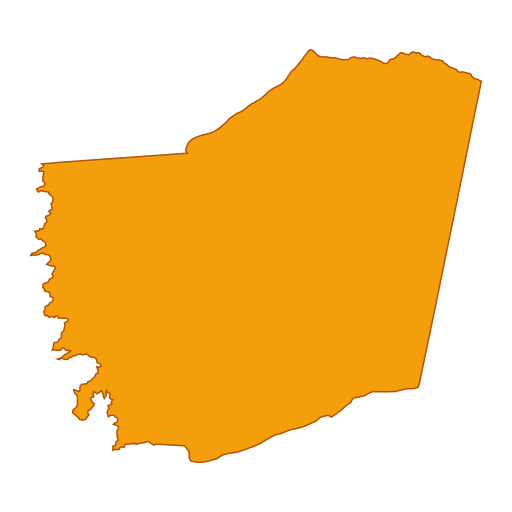 Luís Eduardo Magalhães, Bahia, Brazil (Albers equal-area conic projection)
{"feature_id": "56859067B80722102150800", "entity_name": "Luís Eduardo Magalhães", "entity_type": "district", "adm_level": 2, "iso_a3": "BRA", "parent_name": "Brazil", "parent_adm1": "Bahia", "projection": "albers", "projection_center": [-46.156, -12.199], "detail": "fine", "context": "isolated", "style": "filled", "palette": "amber", "viewbox_px": 512, "rotation_deg": 0, "n_neighbors": 0, "source": "geoboundaries", "source_scale": "gbopen_adm2", "svg_char_len": 5796}
<svg xmlns="http://www.w3.org/2000/svg" viewBox="0 0 512 512"><path d="M51.5,195.6L52.9,197.6L52.9,199.5L52.8,201.9L51.1,203.4L51.9,206.9L52.2,209.5L50.3,210.0L48.8,211.4L50.4,212.7L50.1,214.6L48.2,215.6L45.8,216.3L45.3,218.1L46.7,219.1L46.6,222.0L44.5,224.2L44.0,226.8L42.4,229.1L39.8,228.7L39.5,230.6L37.6,230.8L34.7,231.2L35.8,233.0L36.6,234.7L35.8,236.6L37.3,237.7L38.3,239.2L40.8,239.0L42.8,240.7L45.1,242.1L46.1,245.4L44.0,247.5L42.2,247.9L40.1,249.2L38.0,250.5L36.2,252.2L34.4,252.9L31.9,253.3L30.7,255.4L32.9,255.0L35.2,255.2L37.3,254.9L39.2,254.1L40.7,253.3L42.7,253.2L45.0,254.4L47.1,254.7L48.8,254.8L49.9,256.3L50.8,258.4L50.8,260.3L49.0,262.1L46.6,264.3L51.1,266.0L54.1,266.1L55.5,267.7L54.1,270.5L52.9,272.5L51.9,273.8L53.1,275.8L52.5,277.8L49.4,279.2L47.9,282.2L45.3,283.2L43.3,283.8L42.9,285.7L42.9,287.7L44.5,288.7L44.4,290.7L46.3,291.6L48.2,291.7L49.9,293.5L50.1,296.6L53.0,297.5L53.0,300.2L51.9,302.1L50.1,302.6L48.3,305.1L45.1,306.6L44.9,309.8L43.9,311.4L44.0,313.4L45.3,315.8L47.4,315.6L49.3,317.5L51.2,316.5L53.0,316.8L54.5,317.7L55.4,316.1L58.0,316.1L58.5,318.3L60.4,317.9L62.1,318.4L65.9,318.1L68.2,319.2L68.1,321.0L66.3,321.7L64.4,323.1L65.0,325.6L64.4,327.5L64.1,329.9L62.8,331.5L61.2,333.6L61.6,335.7L61.1,338.1L59.3,339.1L58.3,341.4L56.3,342.5L54.3,342.4L53.7,344.4L53.4,346.2L53.1,348.3L52.2,350.2L54.3,349.8L56.3,350.3L58.4,350.3L60.5,350.2L61.9,348.3L63.7,348.0L65.2,349.6L67.0,350.5L69.0,350.4L70.8,350.9L67.2,353.4L65.0,354.5L62.8,356.5L60.8,358.0L63.7,359.0L65.7,359.4L67.8,359.4L69.0,357.3L71.0,357.5L73.1,355.7L75.0,355.8L77.3,354.6L79.5,354.0L82.6,354.8L85.2,354.3L87.3,354.1L88.7,355.8L90.9,357.1L93.2,357.3L95.3,357.8L96.6,359.9L97.0,362.5L98.7,363.1L100.5,364.3L101.2,366.2L99.2,367.1L96.7,366.9L98.1,370.2L97.9,373.0L95.7,374.1L95.2,376.0L93.9,377.6L90.1,381.1L88.0,381.6L87.1,383.6L84.3,384.0L81.7,384.4L80.3,385.9L79.9,387.7L80.0,389.9L78.9,391.6L76.4,390.5L73.8,389.6L74.4,392.6L75.9,394.5L77.3,396.1L77.5,398.0L77.3,401.2L77.5,403.8L77.0,406.1L75.4,408.1L73.9,409.1L72.9,410.5L72.7,412.8L76.3,415.7L78.1,417.6L79.5,419.4L82.3,420.1L85.6,419.4L87.2,416.9L89.0,414.9L87.7,412.9L88.1,410.7L90.8,409.4L91.9,407.7L93.4,406.0L94.4,403.6L92.1,402.1L91.6,400.4L90.3,398.7L91.8,397.3L93.7,397.1L93.3,394.6L93.4,391.5L95.2,392.4L97.1,393.8L99.2,392.4L101.5,390.9L103.3,394.5L103.4,396.4L104.3,398.6L106.2,395.9L106.0,392.7L106.4,390.7L107.8,392.8L109.6,393.4L109.9,395.5L109.5,397.5L110.5,398.9L112.8,399.6L111.2,401.9L111.9,404.0L109.9,404.8L108.0,405.8L109.1,408.4L107.7,410.2L107.1,412.6L107.8,414.9L108.3,416.9L110.1,415.5L112.2,415.3L114.3,415.5L115.4,417.0L117.4,417.9L117.8,420.3L116.9,422.6L115.0,422.6L113.2,424.4L115.6,425.0L118.5,426.4L118.2,428.9L116.9,430.8L117.1,432.7L117.2,437.4L118.1,440.1L115.8,442.2L115.6,445.1L112.8,446.3L112.9,448.1L112.8,450.3L115.0,449.3L117.1,449.6L119.1,449.5L119.8,447.8L121.7,446.9L124.1,447.2L125.3,444.4L127.1,444.2L128.9,444.3L131.1,443.4L132.8,444.1L134.6,443.2L136.0,444.4L138.0,443.8L140.9,442.9L144.3,442.7L147.1,441.6L149.1,441.8L150.9,443.4L154.0,445.1L156.1,444.1L184.6,445.8L188.8,451.2L189.2,453.4L189.2,456.9L189.6,459.0L191.0,461.1L194.3,461.8L198.1,462.2L202.6,462.2L208.4,461.1L216.2,459.0L220.8,456.1L222.3,455.1L225.3,454.2L228.2,453.5L237.8,452.0L245.3,449.4L252.2,446.9L256.8,445.0L261.4,442.9L267.2,439.3L271.8,436.6L275.5,434.9L281.0,433.5L286.9,431.1L292.0,429.3L298.4,428.2L303.7,426.5L309.7,424.0L315.8,421.1L320.7,417.1L327.2,415.4L329.6,416.0L331.4,417.2L333.2,415.8L337.2,413.1L342.3,409.2L344.6,406.9L347.3,404.8L350.9,402.4L351.8,400.2L353.2,398.6L355.6,397.3L358.1,397.3L360.8,396.6L364.4,395.7L370.1,392.6L372.6,391.7L383.2,391.7L386.4,391.8L395.2,391.5L405.6,389.0L409.1,388.7L413.0,388.7L417.9,387.5L418.9,385.2L419.4,383.0L426.9,347.4L427.7,343.5L429.7,334.2L460.9,181.8L474.7,113.6L479.3,91.6L481.3,81.1L479.5,80.7L477.8,79.2L475.2,79.1L473.2,77.5L471.6,76.4L471.1,74.6L469.7,73.5L467.6,73.2L465.2,72.5L462.3,71.8L460.1,72.4L458.0,71.5L456.0,69.4L453.6,68.4L449.1,66.8L447.3,64.7L444.4,63.2L442.6,60.9L439.8,60.1L436.9,59.9L434.7,59.5L431.9,58.8L429.7,56.8L427.4,56.0L425.6,56.9L423.7,56.3L421.6,55.0L420.4,53.6L418.5,52.8L415.7,52.9L413.2,51.8L411.1,52.6L409.6,54.6L406.6,54.4L404.8,54.0L402.6,52.8L400.4,52.8L398.9,54.5L397.2,55.4L395.9,57.4L393.5,58.8L390.8,59.1L389.0,60.4L388.5,62.2L386.5,63.6L383.1,63.1L381.3,61.7L379.4,60.7L377.0,59.8L374.6,59.0L371.6,58.2L369.2,58.2L367.0,58.8L364.2,57.8L361.2,58.3L356.8,58.0L354.8,56.9L351.9,57.3L349.8,58.5L348.1,59.7L345.6,59.5L343.3,59.8L341.5,59.5L338.4,58.8L335.0,57.7L332.1,57.9L330.2,57.6L326.2,56.8L323.7,57.0L321.6,56.8L319.3,56.3L317.0,54.8L315.6,53.4L314.0,51.8L312.3,50.3L310.2,49.8L308.1,51.2L307.1,52.9L303.6,57.3L302.8,59.0L301.7,60.4L299.6,62.6L297.8,65.0L296.4,66.6L294.3,69.2L292.4,70.3L290.9,72.1L289.5,74.3L288.1,76.2L286.5,78.9L284.9,80.9L282.3,83.3L280.4,84.6L278.4,85.8L274.6,87.7L272.9,88.4L271.5,89.5L269.7,90.7L268.2,91.7L266.9,93.3L265.2,94.9L263.7,96.2L262.2,97.4L260.8,98.7L258.5,100.1L256.2,101.2L254.7,102.4L252.7,103.3L250.1,104.9L248.1,106.2L246.0,108.2L244.1,109.6L242.5,110.8L240.0,112.2L237.4,113.1L234.9,114.8L232.6,116.3L229.2,118.8L227.7,120.3L226.8,121.8L223.9,124.2L221.9,125.9L220.4,127.4L218.6,128.6L216.7,130.0L212.5,132.3L207.0,134.0L204.9,134.4L202.3,135.1L200.3,135.7L196.6,137.1L194.9,137.8L192.7,139.0L190.6,140.5L188.7,142.4L187.7,144.1L186.1,148.1L185.7,150.6L187.2,153.2L62.5,162.1L59.0,162.4L50.3,163.2L41.7,163.8L43.7,165.4L42.9,167.2L39.4,168.6L39.0,171.2L41.8,171.2L43.7,171.6L43.7,174.1L42.8,176.6L42.9,178.9L42.7,180.8L44.0,182.0L45.2,183.9L44.1,185.9L42.3,186.5L40.6,186.8L36.5,189.1L37.2,190.7L38.5,192.1L40.9,190.6L43.1,191.3L45.6,191.6L48.8,192.1L49.1,194.2L51.5,195.6ZM60.8,358.0L57.5,359.0L59.8,359.7L60.8,358.0Z" fill="#f59e0b" stroke="#b45309" stroke-width="1.5"/></svg>